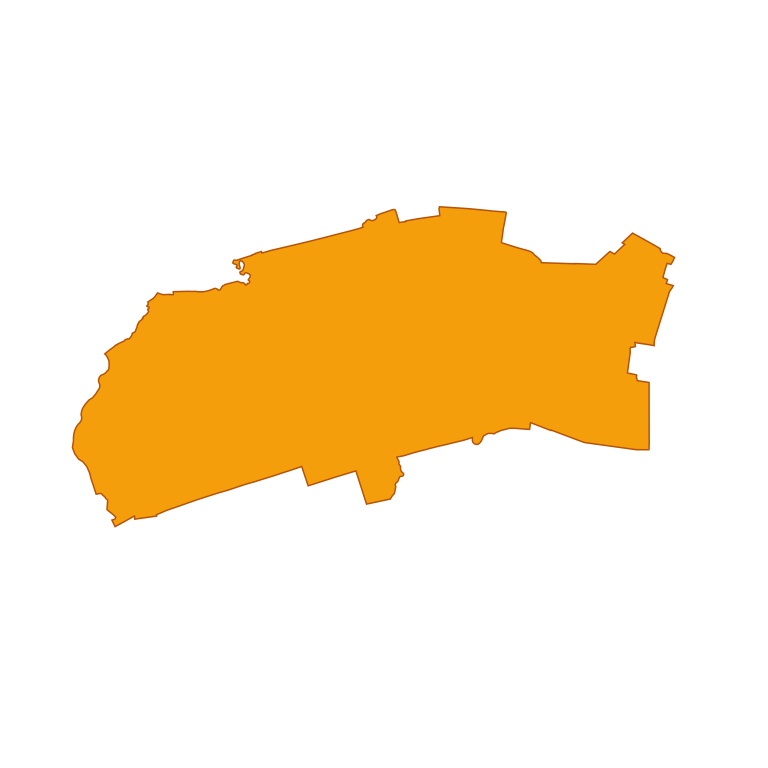 Domnesti, Ilfov, Romania, rotated 22°
{"feature_id": "2599482B77352977361579", "entity_name": "Domnesti", "entity_type": "district", "adm_level": 2, "iso_a3": "ROU", "parent_name": "Romania", "parent_adm1": "Ilfov", "projection": "mercator", "projection_center": [25.905, 44.4], "detail": "fine", "context": "isolated", "style": "filled", "palette": "amber", "viewbox_px": 768, "rotation_deg": 22, "n_neighbors": 0, "source": "geoboundaries", "source_scale": "gbopen_adm2", "svg_char_len": 6170}
<svg xmlns="http://www.w3.org/2000/svg" viewBox="0 0 768 768"><g transform="rotate(22 384 384)"><path d="M615.3,184.4L611.1,184.9L608.1,185.1L607.8,181.1L607.5,181.0L606.1,180.9L604.4,181.0L604.2,180.9L603.2,180.9L602.8,180.5L602.6,180.1L602.2,176.0L602.1,175.8L601.6,170.3L601.3,166.1L604.1,165.7L604.4,165.7L604.9,165.6L605.3,165.3L605.8,162.0L606.0,157.8L600.9,157.2L597.4,157.0L594.0,158.1L593.6,158.2L592.4,158.0L590.7,156.9L589.2,155.4L589.3,155.0L577.7,153.4L557.9,151.0L552.0,163.9L554.9,164.3L549.0,177.2L543.9,176.5L543.6,176.9L535.5,193.7L515.9,200.8L516.1,201.0L484.4,212.6L483.1,210.8L478.4,208.9L475.0,208.0L473.7,207.1L471.7,206.5L469.9,206.3L465.8,206.6L457.5,207.6L441.5,208.9L440.1,208.8L439.7,208.5L439.4,207.1L437.9,200.8L436.4,195.3L435.6,190.8L433.5,180.6L433.2,179.5L432.8,179.1L432.4,179.0L417.8,183.6L417.4,183.6L396.9,189.7L369.0,198.9L369.4,201.0L372.7,207.0L354.0,217.8L343.6,224.3L343.2,224.6L343.4,225.0L342.7,225.6L337.6,228.6L330.7,220.0L329.5,218.7L329.0,218.4L328.5,218.3L327.7,218.5L325.7,219.9L320.9,224.2L317.4,227.1L314.8,229.7L313.7,230.8L314.4,231.4L314.8,232.0L314.9,232.6L314.9,233.3L314.4,234.5L313.7,235.3L312.8,236.3L312.4,236.7L312.0,236.9L311.4,237.1L310.8,237.2L309.5,237.1L308.7,237.1L308.1,237.3L307.7,237.6L306.7,238.8L306.2,240.0L306.1,240.8L305.8,241.5L305.4,242.1L304.9,242.5L304.6,243.0L304.5,243.4L304.5,244.3L304.6,244.9L305.1,245.5L305.8,246.5L302.2,249.5L297.0,253.5L261.5,279.6L244.2,291.9L229.1,302.5L225.5,305.4L221.8,308.2L220.7,307.1L215.8,311.1L216.0,311.4L213.3,313.7L213.5,314.0L204.4,321.6L202.0,323.6L202.0,323.8L201.6,324.2L200.3,324.8L198.9,325.0L198.4,325.5L198.3,326.0L198.3,327.9L198.6,328.5L199.4,328.8L202.1,328.6L203.1,328.8L203.5,329.1L203.5,329.9L203.2,330.6L203.3,331.3L203.6,331.5L204.5,331.7L205.8,331.7L207.0,331.5L207.3,331.3L207.3,330.8L206.8,329.7L204.9,327.3L204.4,325.8L204.3,324.3L204.5,323.7L205.0,323.3L206.3,323.3L208.3,324.1L209.7,325.5L210.0,326.5L210.2,327.0L210.2,327.8L210.3,328.7L210.5,330.1L210.5,331.3L210.1,332.3L208.5,334.0L208.6,334.6L209.7,335.8L210.7,335.7L211.2,335.6L211.8,335.7L212.7,335.5L213.2,335.0L213.4,333.4L214.2,332.7L215.4,332.4L216.9,332.4L217.6,332.5L218.7,332.9L219.4,333.4L219.6,334.1L219.7,334.9L219.6,336.1L219.3,337.0L219.1,337.8L219.3,338.5L219.6,338.6L221.0,339.1L221.2,339.4L221.3,340.0L221.1,340.8L220.8,341.4L220.4,341.6L219.8,341.8L219.6,342.5L219.6,343.2L219.1,343.7L218.5,344.2L217.4,343.2L215.4,342.8L213.8,343.5L213.1,343.7L209.8,343.6L199.7,351.0L198.8,352.2L197.7,353.5L197.3,354.6L197.1,355.9L197.0,357.0L196.8,357.9L196.5,358.5L196.2,358.8L195.8,359.0L193.7,358.5L192.6,358.4L191.6,358.6L190.8,359.1L188.7,361.2L186.6,362.9L185.5,363.8L183.3,365.3L181.6,366.3L176.9,368.2L174.8,368.6L172.0,369.8L167.3,371.6L164.3,372.9L154.0,377.4L155.2,380.0L152.0,381.4L151.9,381.1L146.5,383.6L145.4,384.0L142.7,384.3L139.9,384.4L139.1,387.9L138.5,389.9L137.8,391.3L137.0,392.5L134.3,396.4L134.6,396.9L134.9,397.2L135.3,398.0L135.5,399.0L134.8,400.3L134.9,400.6L135.2,400.8L135.6,400.9L136.1,400.9L137.0,400.6L137.6,401.2L137.5,402.1L137.1,402.8L136.9,403.3L137.1,403.7L138.5,404.8L138.6,405.5L138.1,407.4L137.1,409.7L136.2,410.8L135.6,411.5L135.5,412.2L136.0,413.3L135.3,413.7L135.5,414.4L135.0,415.6L134.2,416.9L133.5,418.4L133.5,419.6L133.2,421.1L133.6,423.3L133.7,428.1L133.4,429.5L132.2,430.4L131.7,431.3L131.6,431.9L132.0,433.1L131.6,434.9L130.9,437.4L130.1,438.0L128.9,438.5L127.5,439.9L127.2,441.1L122.8,446.0L122.2,446.5L122.1,447.2L120.9,448.3L120.4,448.9L119.8,450.4L116.4,455.9L113.8,460.7L114.9,461.1L116.4,461.9L119.2,464.4L120.8,466.5L122.2,469.9L122.9,472.0L123.3,473.6L122.3,476.1L121.9,477.5L121.2,478.8L120.1,480.2L118.3,482.0L117.6,484.1L117.7,486.6L118.3,488.4L119.8,490.1L121.2,492.0L121.7,494.1L120.8,499.4L120.3,501.8L118.9,505.9L116.5,509.3L116.1,510.4L115.4,512.3L114.9,513.7L114.4,515.6L113.7,519.6L113.8,522.4L114.2,524.2L114.7,526.1L115.8,527.4L116.9,530.1L116.8,531.9L116.4,534.1L115.6,535.7L114.9,538.3L114.7,541.6L114.7,543.7L115.1,546.2L115.9,549.4L117.4,553.2L118.9,559.6L123.5,564.6L129.3,568.2L133.7,568.8L136.5,570.3L139.3,571.8L144.3,576.7L148.6,582.5L151.0,585.2L158.4,594.0L161.5,592.0L163.2,591.5L165.3,592.7L167.2,593.0L168.3,594.0L169.7,594.7L171.3,595.2L174.2,604.2L176.1,604.9L181.1,606.3L185.2,607.9L185.1,610.0L182.7,612.1L188.1,617.0L202.0,600.0L202.2,599.9L203.5,602.7L222.7,591.6L222.0,590.5L228.6,583.8L230.6,581.9L241.6,572.3L248.4,566.3L254.1,561.3L266.4,551.0L270.5,547.6L278.8,541.1L281.9,538.5L286.1,534.9L291.9,529.9L299.4,524.0L299.8,523.8L309.5,515.8L316.4,510.2L323.3,504.3L328.9,499.7L338.6,491.3L351.8,506.8L367.5,493.8L372.5,489.6L390.5,475.1L412.8,501.9L433.1,488.2L433.1,486.9L433.3,486.1L433.5,485.0L434.0,483.4L434.5,482.1L434.6,481.2L434.2,479.3L433.4,474.9L432.8,474.0L432.2,473.3L432.1,472.2L432.1,471.5L433.3,469.1L433.2,468.1L433.3,466.5L433.3,465.2L433.4,464.2L433.8,463.7L435.7,462.4L436.1,461.8L436.2,461.3L436.2,460.7L436.0,460.1L435.1,459.4L433.0,458.7L431.8,457.5L430.8,456.1L430.6,454.8L430.1,454.1L428.9,453.3L428.3,453.1L427.7,452.3L427.2,450.8L426.8,450.1L424.5,448.2L423.3,446.9L427.1,444.5L428.2,443.8L429.6,442.8L430.6,442.0L437.5,436.4L442.3,432.8L447.8,428.8L449.8,427.2L458.2,421.1L462.5,418.1L472.1,411.2L479.2,406.1L486.0,400.5L487.0,403.1L488.1,404.6L489.2,405.3L490.5,405.6L492.4,405.4L493.8,404.6L495.2,402.1L495.6,400.1L495.7,395.1L496.7,393.6L498.1,391.8L499.4,390.7L501.0,390.0L503.1,389.2L504.6,389.1L504.9,388.6L506.4,386.7L510.2,383.0L517.2,377.9L523.0,375.7L528.5,374.0L536.0,371.6L534.4,365.2L534.4,364.9L556.1,364.6L556.2,364.1L588.9,363.3L590.7,363.2L592.6,363.0L594.5,362.5L635.0,352.3L642.5,350.4L644.0,349.8L654.3,345.7L652.1,339.6L650.0,334.6L648.3,330.4L629.2,283.3L617.6,286.0L615.9,283.6L615.3,283.1L615.3,282.4L615.3,282.0L615.2,281.6L614.9,281.2L614.7,281.0L614.4,281.0L605.6,282.6L600.9,264.2L600.6,262.9L600.4,262.3L599.1,259.5L598.9,258.6L599.1,257.5L600.4,256.9L602.8,255.4L603.0,255.2L603.0,254.9L601.0,251.5L601.3,251.4L603.8,251.0L614.9,248.3L620.2,247.2L619.0,244.4L618.5,242.6L618.2,241.0L618.0,239.4L614.1,191.8L614.5,189.2L614.7,188.5L615.1,186.8L615.3,184.4Z" fill="#f59e0b" stroke="#b45309" stroke-width="1.5"/></g></svg>